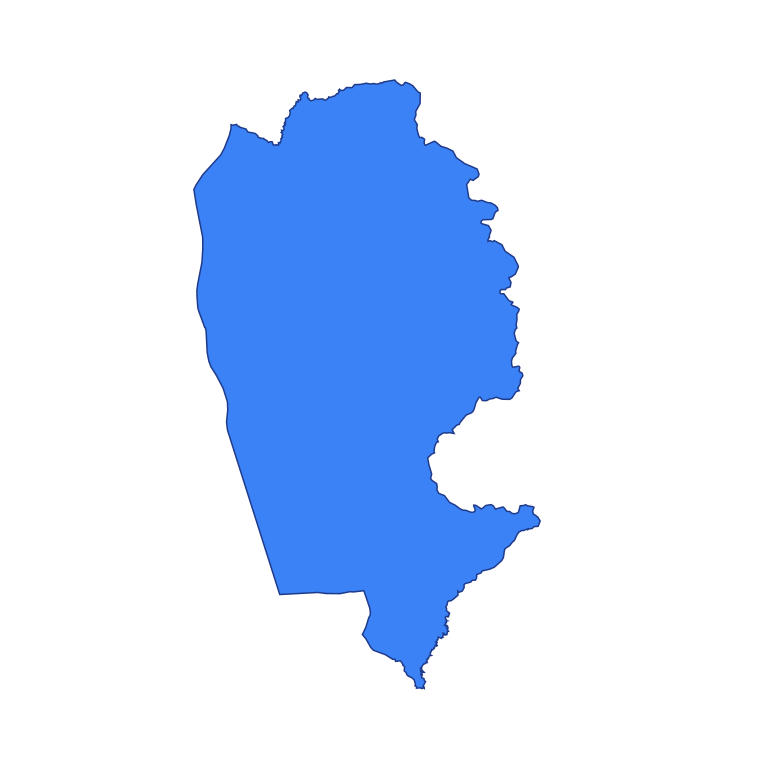 Choam Ksant, Preah Vihéar, Cambodia (Albers equal-area conic projection), rotated 72°
{"feature_id": "14789045B63447960105110", "entity_name": "Choam Ksant", "entity_type": "district", "adm_level": 2, "iso_a3": "KHM", "parent_name": "Cambodia", "parent_adm1": "Preah Vihéar", "projection": "albers", "projection_center": [104.9, 14.186], "detail": "fine", "context": "isolated", "style": "filled", "palette": "blue", "viewbox_px": 768, "rotation_deg": 72, "n_neighbors": 0, "source": "geoboundaries", "source_scale": "gbopen_adm2", "svg_char_len": 6103}
<svg xmlns="http://www.w3.org/2000/svg" viewBox="0 0 768 768"><g transform="rotate(72 384 384)"><path d="M686.0,439.8L684.6,439.5L683.6,440.3L679.8,436.4L678.3,437.3L676.6,437.0L675.0,438.8L673.9,438.7L672.4,437.4L671.8,437.5L672.5,438.6L671.2,438.7L670.2,436.8L670.6,434.9L668.4,436.1L668.9,437.9L668.1,437.9L667.7,437.1L665.5,437.3L665.4,436.7L666.3,436.1L664.8,435.7L662.5,432.8L662.8,431.7L662.3,431.1L662.3,429.1L661.1,429.5L660.8,428.6L659.2,428.4L659.2,427.2L658.3,427.0L658.3,426.0L656.6,425.3L656.8,422.8L656.0,423.5L654.0,423.2L653.0,421.6L651.3,420.6L651.8,419.9L651.2,418.5L650.6,418.4L650.8,417.8L648.3,415.9L649.6,414.9L649.2,414.2L647.0,414.6L646.4,413.5L645.2,414.4L645.2,413.4L643.6,412.3L643.8,411.8L641.5,410.6L643.7,407.9L643.1,407.5L643.1,406.2L642.6,406.5L641.2,405.4L641.2,404.6L639.3,404.9L639.9,403.8L641.6,403.2L641.8,401.6L639.3,400.4L639.1,399.0L636.5,399.8L636.1,398.6L633.9,398.4L633.5,398.6L634.3,399.8L632.7,399.8L632.0,400.8L631.7,399.5L630.0,399.3L630.2,398.4L628.9,398.2L628.9,397.1L628.4,397.9L627.4,397.4L626.4,398.1L624.9,397.8L624.2,396.7L625.2,395.3L624.7,395.1L625.0,394.5L622.9,393.0L622.5,393.3L622.1,392.5L618.8,394.7L616.8,393.8L614.7,394.0L614.0,392.6L610.9,390.8L610.2,389.7L610.9,387.8L610.2,384.9L607.7,378.9L603.8,377.8L605.3,377.0L605.1,373.5L602.4,370.7L599.6,369.9L598.9,368.3L599.2,362.6L597.9,360.9L598.8,357.7L597.4,356.1L593.8,354.6L593.7,350.3L592.1,348.3L592.8,340.5L592.3,335.7L588.4,326.8L586.0,324.1L579.7,321.0L577.9,319.5L576.5,314.3L573.7,310.2L573.3,308.5L568.1,303.7L566.5,301.2L565.9,298.2L566.5,296.4L566.2,291.9L566.9,292.1L566.6,290.9L567.2,287.7L566.0,285.6L567.0,281.4L562.6,277.8L558.0,278.9L553.7,282.1L550.8,281.9L547.7,279.5L546.7,280.3L544.4,284.8L542.5,286.7L542.8,288.2L541.9,292.1L547.4,295.7L547.9,296.9L547.8,299.9L546.3,302.6L544.2,303.7L543.0,306.6L539.1,307.9L537.7,308.9L537.4,316.7L533.8,317.6L531.8,319.4L531.0,324.6L533.0,329.9L527.8,334.1L526.9,336.1L527.6,336.4L531.7,336.0L533.3,337.2L533.5,339.2L532.7,341.1L529.3,345.4L528.7,347.4L526.4,350.1L521.1,353.9L516.8,358.3L508.8,361.0L505.0,365.7L500.9,366.4L498.7,365.3L495.1,364.7L490.3,368.3L488.1,368.8L484.4,366.5L474.3,366.2L467.7,365.3L465.5,360.5L465.1,357.2L463.0,357.0L459.1,355.1L456.2,352.6L455.6,351.6L455.8,350.3L452.8,350.4L450.3,348.0L448.9,343.1L449.1,341.4L450.0,339.8L450.4,337.1L452.7,332.6L448.6,333.3L445.6,327.6L445.6,324.9L444.1,323.5L439.0,315.7L438.4,309.7L437.6,307.9L436.1,306.3L430.2,302.3L426.0,297.7L426.5,296.4L429.9,295.7L430.4,295.0L431.5,291.6L430.9,287.8L431.5,285.1L431.2,281.5L434.9,276.5L437.5,269.1L436.7,266.5L432.6,261.5L432.0,259.8L432.2,257.5L429.5,258.1L425.5,254.1L421.7,252.7L419.2,249.5L418.3,249.3L416.2,249.4L413.6,251.6L410.3,249.8L409.2,249.9L408.6,250.7L408.0,255.8L407.5,256.5L405.3,256.6L401.7,255.7L398.9,253.9L395.7,249.2L393.1,248.5L387.9,245.0L386.4,243.3L384.3,244.8L382.7,245.0L375.9,244.5L372.7,242.2L371.8,240.3L368.8,240.2L364.0,237.7L358.7,236.1L356.2,233.3L354.5,232.3L352.2,233.8L348.2,238.4L347.5,238.4L346.3,236.3L345.5,236.4L344.1,238.8L342.4,239.8L335.1,242.2L334.5,244.8L333.1,245.6L331.3,244.7L330.4,243.4L331.7,239.4L330.6,237.8L330.6,233.9L326.5,231.8L321.4,232.5L321.4,229.7L320.0,225.1L314.6,220.3L313.4,219.8L303.7,221.2L295.1,227.8L288.1,228.8L281.7,234.9L282.2,236.9L280.4,238.8L280.5,241.0L278.9,240.6L277.0,238.4L275.0,237.8L272.1,235.4L270.4,234.7L265.7,235.7L261.7,241.5L260.7,242.1L259.0,240.8L258.3,239.3L260.7,231.1L260.4,229.3L255.8,225.8L254.8,224.5L254.1,221.9L251.3,221.7L248.5,223.0L244.9,226.3L243.3,229.7L239.4,234.4L239.2,238.5L237.5,240.8L236.4,243.9L233.1,245.8L219.9,243.8L215.9,238.6L217.9,236.4L215.9,230.3L213.9,228.8L208.3,229.0L199.3,239.2L191.2,245.2L183.8,246.5L179.3,251.1L175.6,256.3L169.3,260.3L168.7,261.3L169.8,270.8L169.0,271.4L167.5,271.4L163.7,269.8L161.2,271.7L160.6,273.9L157.6,274.3L150.9,273.8L147.5,272.2L142.7,273.4L141.3,273.1L138.3,270.6L134.6,269.6L128.4,263.0L118.4,259.6L116.6,261.5L109.5,264.3L106.3,267.0L103.8,270.3L103.8,271.0L105.4,273.2L105.3,275.4L100.9,278.8L98.2,279.8L96.6,291.3L97.3,292.4L96.4,294.1L96.9,296.2L96.3,299.2L95.2,300.3L94.4,304.6L92.5,307.8L91.8,313.7L90.2,319.4L92.3,322.8L90.4,328.1L91.9,330.9L92.0,332.7L91.4,334.5L89.9,335.2L90.9,336.6L91.8,336.3L93.7,338.1L93.3,339.0L94.9,342.0L94.6,343.9L95.0,346.0L93.9,347.9L94.9,348.5L95.9,351.4L95.6,353.0L94.5,353.4L93.7,354.8L92.7,359.6L91.1,361.2L92.2,363.0L92.1,366.0L90.6,367.1L89.3,367.2L89.0,367.9L86.8,367.8L85.7,366.9L83.2,367.5L82.0,368.8L82.2,371.4L84.3,373.4L83.4,374.1L83.4,374.6L84.6,375.2L87.2,375.0L88.3,376.1L87.2,377.8L89.2,378.6L88.3,380.1L91.9,382.2L91.9,383.7L93.8,385.1L93.3,385.8L94.7,389.2L97.5,389.5L99.9,391.1L101.0,393.1L101.0,395.5L104.0,396.6L104.5,397.7L105.5,398.2L105.8,397.2L106.3,397.6L107.0,398.6L107.4,398.4L107.3,399.3L108.1,400.5L108.9,400.0L110.9,400.4L111.8,401.3L111.0,403.0L112.9,403.2L113.0,404.0L115.2,403.1L116.2,404.3L117.7,404.2L117.6,404.9L118.5,405.2L118.8,406.2L120.8,406.7L122.6,408.3L121.8,409.0L121.9,409.9L123.6,410.1L124.2,411.0L123.4,411.9L122.6,415.4L119.1,415.5L118.4,417.4L118.6,419.3L116.3,420.1L114.1,422.4L113.3,422.5L112.4,424.8L110.2,427.6L108.7,427.4L105.8,429.2L102.2,435.7L98.9,436.4L95.6,441.3L94.2,442.2L94.1,443.0L91.6,444.0L91.2,447.8L90.1,449.3L93.5,450.4L99.4,454.0L110.4,463.0L115.7,468.5L129.0,491.8L136.8,501.4L140.2,504.7L155.2,507.1L188.4,511.1L199.0,514.4L212.1,519.6L231.6,530.4L236.9,532.9L242.2,534.6L253.4,537.4L256.8,537.7L274.9,537.0L275.2,536.5L278.9,536.9L299.7,542.5L308.1,543.5L313.9,543.3L323.8,540.8L338.5,538.3L352.5,538.4L360.3,540.6L371.5,545.5L379.4,547.1L552.0,548.2L561.8,511.4L565.4,503.7L569.8,490.6L571.0,480.7L572.4,476.9L574.4,467.0L592.8,466.8L597.1,467.6L599.5,468.6L601.8,470.9L609.6,476.3L615.6,482.0L620.9,479.9L630.4,478.0L633.9,476.4L641.9,466.3L648.6,460.7L649.2,458.6L651.4,458.7L652.4,453.8L656.4,452.7L657.0,453.1L659.1,451.8L663.1,453.4L665.3,452.2L667.6,452.1L669.4,451.1L671.8,448.4L674.6,446.8L678.7,446.8L680.8,447.7L681.9,446.6L683.3,447.1L684.2,443.3L685.4,442.1L685.0,440.8L686.0,439.8Z" fill="#3b82f6" stroke="#1e3a8a" stroke-width="1.5"/></g></svg>